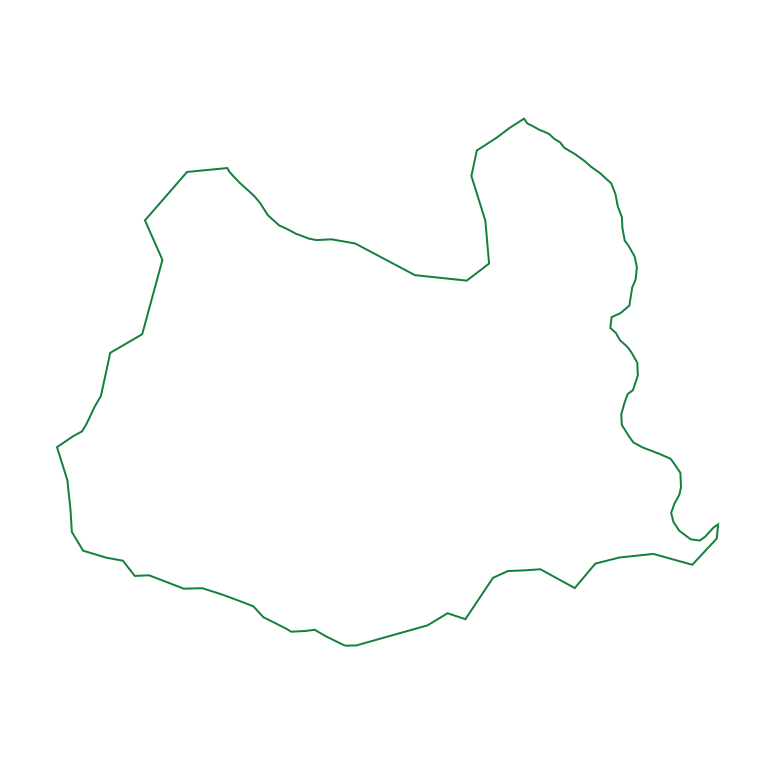 Ikwuano, Abia, Nigeria (Albers equal-area conic projection), rotated 268°
{"feature_id": "59680162B4745386112936", "entity_name": "Ikwuano", "entity_type": "district", "adm_level": 2, "iso_a3": "NGA", "parent_name": "Nigeria", "parent_adm1": "Abia", "projection": "albers", "projection_center": [7.59, 5.399], "detail": "fine", "context": "isolated", "style": "outline", "palette": "green", "viewbox_px": 768, "rotation_deg": 268, "n_neighbors": 0, "source": "geoboundaries", "source_scale": "gbopen_adm2", "svg_char_len": 1860}
<svg xmlns="http://www.w3.org/2000/svg" viewBox="0 0 768 768"><g transform="rotate(268 384 384)"><path d="M605.3,235.0L602.8,194.6L555.9,150.8L515.8,166.9L442.2,144.1L424.7,111.5L382.0,100.7L371.5,94.1L354.3,85.2L347.8,81.0L347.1,80.4L342.9,71.9L332.3,55.0L298.9,64.2L269.3,66.3L247.0,66.9L227.9,77.5L220.2,100.1L216.5,116.9L200.9,128.2L201.0,142.5L186.4,176.8L186.3,195.1L179.5,214.2L173.2,229.5L166.5,245.5L155.1,255.4L142.9,277.7L139.7,282.5L139.9,297.0L140.8,306.1L133.7,317.4L124.5,334.6L123.8,336.8L123.7,347.3L125.7,355.3L137.7,404.5L141.3,419.1L150.0,434.7L152.7,439.5L146.1,457.1L186.5,486.2L192.7,501.2L192.9,519.4L193.4,533.8L173.4,567.5L197.1,588.9L202.4,613.2L204.8,647.2L192.6,685.8L218.0,711.2L232.0,713.0L229.2,708.5L220.1,699.5L216.5,694.0L218.2,684.9L227.1,673.9L236.1,668.4L245.1,666.5L254.1,670.0L263.2,675.4L270.4,677.2L284.9,677.1L293.8,671.5L299.2,667.9L303.7,658.5L304.5,656.9L311.5,640.4L316.9,631.2L322.2,627.6L334.8,620.2L345.6,620.1L356.5,623.6L365.5,627.2L369.2,632.6L383.7,638.0L396.3,637.9L407.1,632.3L412.4,628.7L419.6,621.3L426.8,617.6L432.1,612.1L432.5,612.2L442.9,613.8L446.6,622.9L453.9,632.0L463.0,633.7L472.0,635.5L479.3,639.0L485.2,639.9L491.9,640.8L502.7,638.9L513.3,633.4L513.5,633.3L518.9,629.6L531.5,627.7L542.3,627.6L547.0,626.0L553.1,623.9L565.7,621.9L576.5,618.2L581.8,612.7L587.2,607.2L594.3,598.0L599.6,592.5L606.8,583.3L610.2,578.0L613.9,572.3L619.2,568.6L622.8,563.1L628.2,557.6L631.7,550.3L632.3,548.7L636.9,541.1L639.3,536.4L644.3,533.2L635.3,518.1L626.3,505.3L614.1,484.9L588.8,478.6L543.6,491.0L500.7,493.2L484.4,470.3L491.7,418.7L517.2,374.4L525.4,360.2L530.4,336.8L530.4,336.0L530.2,321.4L531.9,314.1L537.2,301.3L542.5,292.1L546.1,284.8L556.8,273.8L562.4,270.5L569.3,266.4L576.5,260.8L583.7,253.4L590.8,246.1L596.3,241.3L601.5,236.9L605.3,235.0Z" fill="none" stroke="#15803d" stroke-width="2"/></g></svg>